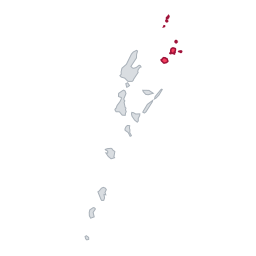 location of Torba within Vanuatu, rotated 44°
{"feature_id": "VUT-560", "entity_name": "Torba", "entity_type": "Province", "adm_level": 1, "iso_a3": "VUT", "parent_name": "Vanuatu", "parent_adm1": "", "projection": "mercator", "projection_center": [167.217, -13.692], "detail": "fine", "context": "in_parent", "style": "filled", "palette": "rose", "viewbox_px": 256, "rotation_deg": 44, "n_neighbors": 0, "source": "natural_earth", "source_scale": "10m", "svg_char_len": 3931}
<svg xmlns="http://www.w3.org/2000/svg" viewBox="0 0 256 256"><g transform="rotate(44 128 128)"><path d="M85.4,71.7L87.3,81.7L89.5,81.7L90.6,81.1L91.9,78.8L92.4,75.1L93.6,74.6L95.0,75.0L94.4,76.2L94.8,79.1L95.9,80.7L96.7,81.0L98.1,88.7L98.7,90.3L98.6,91.6L95.6,94.5L91.0,94.4L87.7,96.1L85.8,96.0L85.8,94.0L84.1,92.5L82.1,89.2L82.6,83.3L79.1,72.4L79.0,69.7L80.2,66.2L81.4,66.0L83.0,69.0L85.4,71.7ZM104.8,110.1L106.2,110.7L106.9,110.7L107.3,112.2L111.5,115.1L112.7,115.1L113.6,116.7L115.4,117.5L115.9,119.1L117.2,120.8L114.9,122.8L110.6,122.3L108.1,124.6L105.9,124.0L105.5,122.8L105.8,122.4L104.5,119.3L103.9,114.6L103.0,111.8L102.0,110.7L100.0,111.7L99.2,111.9L97.2,109.6L98.1,105.0L98.6,103.7L100.2,103.4L102.6,104.6L104.8,110.1ZM160.8,196.9L159.4,198.4L158.3,198.2L150.7,194.8L151.0,193.4L150.7,189.8L151.5,187.8L153.6,187.0L155.2,187.4L156.2,190.3L158.5,191.5L156.9,192.5L159.7,194.6L160.8,196.9ZM134.9,154.1L137.8,158.4L139.0,158.7L137.2,161.9L133.6,162.2L129.3,161.3L130.8,160.3L130.0,159.1L128.7,158.8L127.2,159.4L126.5,159.2L127.5,157.2L129.9,154.4L130.6,154.1L131.2,154.1L131.9,154.4L134.9,154.1ZM130.6,117.4L127.2,117.7L122.6,116.7L120.7,115.4L119.9,114.1L121.5,113.1L123.8,112.6L126.7,109.6L127.7,110.8L128.8,114.2L130.0,115.2L130.6,116.2L130.6,117.4ZM165.4,215.4L163.8,218.8L161.2,218.0L158.7,215.6L157.4,213.4L158.3,209.4L159.5,208.7L160.8,208.9L161.5,212.9L165.4,215.4ZM128.1,106.3L127.6,106.3L127.2,104.9L125.5,97.5L126.6,90.9L127.3,92.3L129.7,103.9L129.4,105.8L128.1,106.3ZM134.9,130.8L135.8,131.2L135.3,132.5L131.3,131.1L128.1,131.6L127.2,131.6L126.3,130.4L125.6,128.1L125.9,126.5L127.2,125.4L127.7,125.2L128.7,126.6L129.7,127.5L130.6,127.9L132.6,130.2L134.9,130.8ZM119.4,90.1L117.4,91.5L113.8,91.3L112.4,90.6L116.9,86.4L122.0,85.5L119.4,90.1ZM109.8,54.7L108.6,56.2L105.3,55.7L104.6,55.3L104.8,52.8L105.6,51.9L107.6,51.1L110.3,52.4L109.8,54.7ZM107.1,44.1L106.6,44.4L106.0,44.2L104.2,40.5L104.7,39.3L106.8,38.2L108.8,40.2L108.9,41.3L108.9,42.2L108.6,43.1L107.3,43.4L107.1,44.1ZM127.4,86.9L126.9,88.7L125.7,86.6L125.0,77.4L125.3,76.6L125.9,76.5L127.4,82.9L127.4,86.9ZM177.1,235.4L176.1,237.1L174.5,237.1L172.5,235.9L172.9,234.4L175.2,234.1L175.9,234.2L177.1,235.4ZM99.2,98.8L98.7,99.6L95.6,97.6L96.3,95.7L99.6,96.4L99.2,98.8Z" fill="#d9dde1" stroke="#a8b0b8" stroke-width="1"/><path d="M107.8,51.1L108.1,51.2L109.9,52.0L110.2,52.3L110.4,52.5L110.2,54.1L110.1,54.4L109.9,54.6L109.2,55.8L108.8,56.3L108.5,56.4L108.1,56.5L106.2,56.3L105.8,56.5L105.4,56.4L105.0,56.3L104.7,56.1L104.4,55.9L104.5,55.5L104.8,54.9L104.6,53.3L104.7,52.7L104.9,52.5L105.2,52.3L105.9,51.7L106.1,51.7L106.3,51.7L106.8,51.7L107.1,51.6L107.5,51.2L107.8,51.1ZM106.0,44.4L106.0,43.8L105.9,43.4L105.6,43.1L105.0,42.7L104.3,41.6L104.1,41.0L104.2,40.2L104.4,39.6L104.8,39.1L105.4,38.7L106.6,38.1L107.1,38.1L107.5,38.4L108.0,39.0L108.8,40.6L109.2,40.8L108.8,41.3L108.6,41.4L108.8,41.9L109.0,42.0L109.3,42.1L109.6,42.3L109.9,42.3L110.0,42.3L110.0,42.6L109.9,42.7L109.7,42.7L109.4,42.7L108.9,43.0L108.4,43.3L107.7,43.4L107.0,43.5L107.0,43.9L107.3,44.6L106.9,45.1L106.3,45.2L106.0,44.4ZM80.5,21.5L80.3,21.6L80.2,21.7L80.3,21.9L80.3,22.2L80.2,22.3L80.0,22.5L79.8,22.6L79.4,22.3L79.1,22.0L79.0,21.6L79.1,20.9L79.2,20.1L79.3,19.8L79.2,19.6L79.0,19.4L78.9,19.2L78.9,18.9L79.8,19.1L80.0,19.3L80.2,19.6L80.3,20.3L80.5,20.5L80.3,20.9L80.3,21.1L80.3,21.3L80.5,21.5ZM102.4,32.2L102.6,32.6L102.9,32.7L103.3,32.6L103.6,32.4L103.6,33.2L103.2,33.5L102.7,33.5L102.0,33.4L101.7,33.0L101.5,32.5L101.5,32.0L101.8,31.6L102.6,31.4L103.0,31.7L103.0,32.1L102.4,32.2ZM113.3,35.5L113.5,35.7L113.7,36.1L113.7,36.6L113.6,36.9L113.3,37.1L112.8,37.2L112.3,37.3L111.8,37.3L111.6,37.7L111.3,37.7L111.3,37.4L112.3,36.0L112.7,35.6L113.3,35.5ZM80.5,24.0L80.9,23.6L81.5,23.4L82.1,23.4L82.5,23.8L82.4,24.3L82.1,24.8L81.6,24.9L81.0,24.8L80.8,24.7L80.7,24.5L80.6,24.3L80.5,24.0ZM83.3,30.5L82.9,29.4L83.3,29.1L83.8,29.6L83.3,30.5Z" fill="#f43f5e" stroke="#9f1239" stroke-width="1.5"/></g></svg>